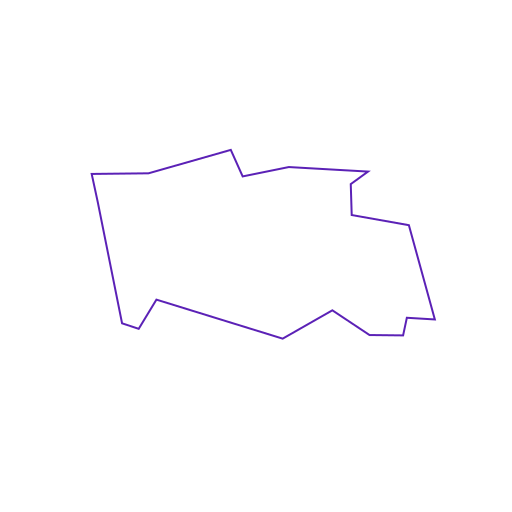 Budi, Eastern Equatoria, South Sudan (Natural Earth projection), rotated 128°
{"feature_id": "79223893B70583427213056", "entity_name": "Budi", "entity_type": "district", "adm_level": 2, "iso_a3": "SSD", "parent_name": "South Sudan", "parent_adm1": "Eastern Equatoria", "projection": "natural_earth1", "projection_center": [33.404, 4.372], "detail": "fine", "context": "isolated", "style": "outline", "palette": "violet", "viewbox_px": 512, "rotation_deg": 128, "n_neighbors": 0, "source": "geoboundaries", "source_scale": "gbopen_adm2", "svg_char_len": 415}
<svg xmlns="http://www.w3.org/2000/svg" viewBox="0 0 512 512"><g transform="rotate(128 256 256)"><path d="M292.5,436.0L311.1,413.7L391.5,320.1L385.6,303.6L351.7,307.6L304.7,184.1L251.8,162.4L248.4,117.9L228.0,91.2L211.8,99.1L195.9,76.0L137.6,154.5L164.8,205.8L141.0,225.6L120.5,219.7L135.5,241.3L165.7,284.9L201.5,315.5L187.9,341.2L257.0,391.6L292.5,436.0Z" fill="none" stroke="#5b21b6" stroke-width="2"/></g></svg>